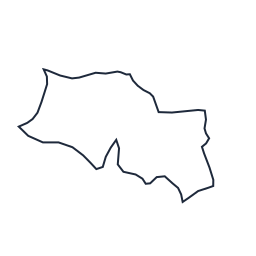 Baucau, Natural Earth projection, rotated 23°
{"feature_id": "TLS-546", "entity_name": "Baucau", "entity_type": "District", "adm_level": 1, "iso_a3": "TLS", "parent_name": "East Timor", "parent_adm1": "", "projection": "natural_earth1", "projection_center": [126.475, -8.563], "detail": "fine", "context": "isolated", "style": "outline", "palette": "slate", "viewbox_px": 256, "rotation_deg": 23, "n_neighbors": 0, "source": "natural_earth", "source_scale": "10m", "svg_char_len": 918}
<svg xmlns="http://www.w3.org/2000/svg" viewBox="0 0 256 256"><g transform="rotate(23 128 128)"><path d="M27.5,107.0L31.5,106.4L45.0,106.2L57.1,104.2L63.3,100.7L76.6,89.8L86.2,86.6L96.2,80.2L99.5,79.5L105.5,79.4L108.7,77.8L114.1,82.4L120.5,85.3L127.4,87.0L134.5,87.5L138.9,89.3L150.0,101.4L162.4,96.6L185.5,84.0L191.9,82.0L196.5,89.8L198.6,98.5L201.9,102.5L206.7,105.8L205.9,111.7L203.4,116.4L207.9,121.6L218.5,132.6L226.8,142.4L229.1,148.1L225.3,151.6L217.2,158.6L210.9,169.0L207.2,174.7L202.9,168.4L197.5,163.6L190.5,161.5L180.7,158.1L173.6,162.0L170.0,170.3L166.1,172.4L161.1,169.0L153.2,167.8L140.9,170.1L132.8,165.5L127.7,150.2L121.8,143.5L119.8,152.7L118.8,163.2L120.0,173.7L114.9,178.2L107.1,174.7L97.4,170.7L84.4,167.4L69.6,168.4L55.3,174.5L39.2,174.2L26.9,169.4L33.3,162.6L36.7,157.0L38.7,149.3L38.2,137.9L37.2,127.3L36.4,119.2L33.2,112.3L27.5,107.0Z" fill="none" stroke="#1e293b" stroke-width="2"/></g></svg>